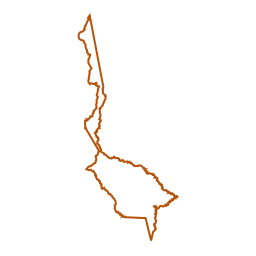 El Paujil, Caquetá, Colombia (Albers equal-area conic projection)
{"feature_id": "7082276B38512916070217", "entity_name": "El Paujil", "entity_type": "district", "adm_level": 2, "iso_a3": "COL", "parent_name": "Colombia", "parent_adm1": "Caquetá", "projection": "albers", "projection_center": [-75.204, 1.773], "detail": "fine", "context": "isolated", "style": "outline", "palette": "amber", "viewbox_px": 256, "rotation_deg": 0, "n_neighbors": 0, "source": "geoboundaries", "source_scale": "gbopen_adm2", "svg_char_len": 5847}
<svg xmlns="http://www.w3.org/2000/svg" viewBox="0 0 256 256"><path d="M86.0,128.8L99.3,151.4L98.7,151.4L98.3,151.8L98.3,152.7L98.0,153.0L97.8,154.6L95.8,155.8L96.0,156.9L95.8,157.6L96.2,158.1L96.3,159.8L95.8,160.7L95.8,161.9L95.3,162.3L95.1,163.1L93.7,163.5L92.7,164.8L92.0,164.9L91.0,166.0L90.3,166.0L88.8,166.6L88.5,167.1L88.0,167.2L86.4,169.2L88.7,170.1L90.9,169.7L92.4,171.3L93.4,171.2L93.4,171.7L93.8,171.8L94.4,172.8L94.9,173.2L95.0,174.0L95.4,174.1L95.8,174.6L95.6,174.9L95.8,174.9L95.8,175.8L96.0,175.8L96.2,176.3L95.8,176.8L95.9,177.3L96.5,177.7L96.8,179.0L97.3,179.4L98.2,179.5L98.6,180.6L99.1,180.4L99.7,181.1L99.6,181.6L100.0,182.0L100.0,183.4L101.3,183.9L101.7,184.9L101.1,186.0L101.7,187.0L101.7,188.4L102.2,188.8L102.6,188.4L104.1,187.7L104.5,189.2L105.4,189.6L105.9,190.5L106.8,190.6L107.7,191.3L108.3,193.5L109.1,193.6L109.3,194.1L109.9,193.8L110.4,194.1L111.0,195.2L112.2,196.1L112.3,197.2L113.7,198.2L115.4,201.0L115.9,204.0L114.7,205.4L114.9,207.6L114.6,208.4L116.1,211.7L117.0,211.8L116.7,212.0L117.4,212.3L117.6,212.8L119.3,213.6L119.6,213.4L119.7,213.8L120.7,213.8L121.2,214.6L120.8,215.0L122.4,215.3L122.1,216.0L122.4,215.8L122.7,216.5L123.5,216.4L123.9,216.9L125.0,216.7L124.9,217.2L145.6,218.1L151.1,240.6L153.1,231.8L154.9,230.2L154.9,229.5L155.4,229.4L155.8,228.9L155.6,227.9L154.7,226.9L155.0,226.3L154.6,226.2L154.7,225.3L154.2,224.8L154.5,224.6L154.4,223.9L155.0,223.9L156.1,221.7L155.9,221.3L156.2,220.6L155.7,220.1L155.2,218.8L155.3,218.2L154.9,217.7L155.8,216.7L155.8,214.5L155.1,214.3L155.1,213.9L155.4,213.1L156.2,212.9L155.9,211.8L156.3,211.5L156.2,210.9L155.7,210.6L156.2,210.2L155.9,209.8L156.3,209.5L155.9,208.2L155.4,207.9L154.6,206.7L153.1,206.0L154.2,206.3L155.8,206.1L156.4,206.7L156.7,208.0L157.7,208.6L158.5,208.3L159.8,206.4L161.1,205.9L161.8,205.8L162.3,206.3L163.4,206.5L164.8,205.8L165.9,205.8L165.7,204.8L166.0,204.9L166.2,204.6L166.7,204.7L166.7,205.0L167.0,205.1L167.7,205.0L167.7,204.4L168.1,204.6L168.3,204.2L167.9,203.9L168.1,202.7L168.7,202.2L169.3,202.4L169.5,201.9L169.3,201.7L169.5,201.5L169.8,201.7L170.0,201.0L170.3,201.2L170.8,200.6L170.9,200.8L171.0,200.5L171.4,200.5L171.7,199.9L172.1,200.3L172.5,200.3L172.5,199.9L173.0,200.2L173.4,199.6L173.3,198.9L173.8,198.8L173.9,198.5L174.1,198.8L174.4,198.5L174.1,198.2L175.0,197.2L174.8,196.9L175.1,196.8L175.3,197.1L175.3,196.8L176.0,197.3L176.4,197.1L176.9,197.4L177.5,196.7L177.1,196.3L176.6,196.4L176.3,196.0L175.3,196.2L174.8,196.0L174.2,195.0L173.7,195.2L173.1,194.6L172.6,194.0L172.8,193.6L172.0,193.1L171.6,193.2L171.4,193.9L170.8,194.1L170.3,193.3L169.4,193.1L169.5,192.7L168.8,192.7L169.1,192.1L168.9,191.9L168.3,192.2L168.5,191.8L168.2,191.5L166.6,191.1L166.3,190.8L166.3,190.1L164.2,190.4L163.6,189.9L163.2,189.9L162.8,188.9L161.9,188.4L161.9,188.0L162.3,188.0L162.7,187.1L162.1,186.5L161.8,185.2L161.4,185.2L161.7,184.8L160.5,184.2L160.5,183.8L159.6,184.0L159.4,183.2L159.0,183.1L158.7,181.9L158.4,181.5L158.0,181.6L157.3,181.0L157.5,180.9L156.8,180.5L157.0,179.3L157.4,179.1L157.3,178.4L157.0,178.5L156.4,177.8L156.4,178.2L155.5,177.6L154.7,177.5L155.0,177.2L154.8,176.3L153.9,175.1L153.8,174.5L153.2,174.8L152.5,174.1L152.4,174.3L152.2,174.0L151.7,174.1L151.1,173.6L150.6,173.8L149.3,173.1L148.2,173.2L147.9,173.7L146.9,173.4L146.5,172.7L147.0,171.8L146.4,172.0L146.1,171.3L145.8,171.4L145.5,170.4L145.1,170.4L145.7,169.4L145.3,169.5L145.4,169.2L144.5,168.9L144.3,168.2L143.9,168.4L143.9,168.1L143.0,167.7L142.2,166.4L141.0,165.6L140.0,165.6L139.5,165.3L137.9,166.0L137.7,165.8L137.3,166.1L136.1,165.9L134.8,166.2L133.9,165.5L133.8,165.0L132.7,164.7L132.1,163.5L130.9,163.4L130.9,162.7L130.2,162.8L129.5,161.8L128.8,162.4L128.1,162.1L127.9,162.3L127.8,161.8L127.1,161.4L124.0,162.0L123.5,161.0L123.1,160.8L123.2,160.4L122.6,160.1L121.7,160.2L121.3,160.9L120.0,160.7L119.9,160.3L119.2,160.2L118.9,159.5L119.1,158.8L118.2,158.2L117.3,158.0L115.9,158.2L114.8,157.3L114.4,157.6L114.0,157.0L113.8,157.4L113.0,157.9L112.1,157.7L111.6,158.5L109.2,158.1L108.5,157.1L107.2,156.5L106.6,155.4L105.6,154.7L104.2,154.5L104.3,153.8L103.8,153.2L101.2,151.9L100.8,150.9L101.0,149.5L100.0,147.8L100.1,147.3L99.6,146.9L99.6,146.1L99.1,145.2L98.4,144.9L98.3,144.3L97.2,143.5L97.4,141.4L98.6,139.9L98.0,139.0L98.2,137.6L96.6,137.0L96.8,136.2L96.1,135.7L95.8,134.3L94.9,133.2L95.4,133.0L95.3,132.5L95.6,132.2L96.7,132.1L96.5,131.1L97.2,130.9L97.1,130.2L96.6,130.6L97.0,129.6L98.3,128.5L99.1,128.4L99.7,128.0L98.9,127.0L99.6,126.3L99.9,125.5L98.9,124.4L99.2,123.3L100.0,122.5L99.9,121.6L100.9,120.6L100.7,120.0L99.3,119.1L100.3,116.7L100.5,114.7L99.7,112.4L99.9,110.4L99.5,108.5L99.8,108.2L100.5,108.3L101.3,106.8L102.7,105.4L102.6,104.9L103.7,102.9L103.8,101.8L104.5,101.3L104.6,100.0L105.5,98.8L105.7,96.8L105.1,96.1L105.5,95.3L103.6,94.1L103.0,93.1L103.0,91.8L102.6,91.1L103.1,89.6L102.6,89.2L102.5,88.6L103.4,87.2L89.7,15.4L88.1,17.6L88.2,18.6L88.8,19.7L87.6,21.0L85.8,25.1L85.1,25.8L85.3,26.5L84.1,28.7L84.7,29.7L83.0,31.2L79.9,32.5L78.8,34.3L78.5,36.4L79.4,39.0L79.9,39.4L81.2,39.8L81.4,40.2L83.4,40.5L83.7,40.8L84.1,42.5L85.6,44.8L85.5,46.8L86.2,49.0L87.1,50.0L87.0,52.2L87.8,52.8L88.4,54.6L89.9,54.5L90.3,54.8L89.2,58.2L88.5,59.2L88.3,62.6L90.2,66.5L91.5,68.4L89.4,71.2L89.8,72.7L89.3,73.7L89.4,75.6L88.7,77.3L88.9,79.0L88.4,79.9L88.4,81.8L89.9,84.1L90.3,83.6L91.3,83.3L94.3,84.2L94.9,83.4L96.4,82.9L96.5,83.8L96.0,85.0L96.1,85.5L99.1,86.4L98.1,88.1L98.2,89.8L97.8,90.5L97.5,92.6L96.7,94.9L96.8,95.6L97.8,96.6L97.9,97.2L96.5,100.1L96.8,102.3L96.1,104.9L96.6,107.2L96.1,108.1L96.2,108.6L93.7,110.9L94.1,111.2L93.3,113.3L92.8,113.4L92.6,115.1L92.0,116.5L91.1,116.2L90.6,116.7L90.2,116.6L90.3,117.3L88.1,119.5L87.1,119.2L87.5,119.9L87.4,120.4L86.7,120.4L86.3,120.7L85.7,120.3L85.1,120.6L85.2,123.2L84.8,124.2L85.3,125.3L85.4,126.2L85.0,127.8L85.2,128.3L85.7,128.0L86.0,128.2L86.0,128.8Z" fill="none" stroke="#b45309" stroke-width="2"/></svg>